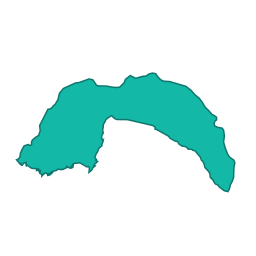 outline of Antalya, rotated 4°
{"feature_id": "TUR-2271", "entity_name": "Antalya", "entity_type": "Province", "adm_level": 1, "iso_a3": "TUR", "parent_name": "Turkey", "parent_adm1": "", "projection": "equal_earth", "projection_center": [30.734, 36.761], "detail": "fine", "context": "isolated", "style": "filled", "palette": "teal", "viewbox_px": 256, "rotation_deg": 4, "n_neighbors": 0, "source": "natural_earth", "source_scale": "10m", "svg_char_len": 3558}
<svg xmlns="http://www.w3.org/2000/svg" viewBox="0 0 256 256"><g transform="rotate(4 128 128)"><path d="M232.1,184.5L231.8,184.4L229.5,184.1L228.3,183.8L223.4,180.7L222.7,180.0L222.2,179.0L221.1,178.4L219.8,178.1L218.7,177.4L215.7,173.1L215.1,173.0L214.9,172.6L213.7,171.7L213.4,171.2L213.1,168.8L212.9,168.0L211.4,165.7L207.5,162.0L206.7,159.6L206.6,158.9L206.3,158.3L205.6,157.2L204.8,155.9L204.6,155.6L203.8,155.3L203.6,155.2L202.4,152.6L201.6,151.2L200.7,150.6L196.7,146.3L196.2,146.0L195.7,145.9L195.0,145.9L194.3,145.8L193.8,145.4L193.4,145.0L193.0,144.8L190.4,144.9L189.1,144.7L188.6,143.8L187.8,143.1L186.2,142.5L184.4,142.2L183.3,142.4L182.7,141.8L180.2,140.7L178.9,138.8L178.1,137.9L177.3,138.0L176.0,137.8L171.1,135.5L170.0,134.6L169.1,133.4L156.9,127.6L155.1,127.3L154.9,125.2L152.7,123.8L126.9,119.7L116.4,120.3L114.6,119.8L113.3,119.0L110.7,116.8L107.0,119.5L105.3,121.3L104.4,123.9L103.5,125.4L103.2,126.1L103.2,128.7L102.9,131.5L103.0,133.0L103.7,134.3L103.7,134.8L103.1,135.5L102.8,136.2L102.5,137.1L102.3,138.3L102.4,139.8L102.8,140.7L103.3,141.4L103.6,142.4L104.1,141.8L103.9,143.6L103.0,146.6L103.2,147.6L101.0,149.6L100.1,150.9L99.3,153.9L97.9,156.2L97.9,157.0L97.1,158.4L97.2,159.8L97.9,161.0L98.8,161.6L98.3,162.8L100.0,163.4L99.1,164.7L97.3,166.3L96.6,168.0L97.0,168.0L97.3,167.7L97.5,167.9L97.9,168.0L97.3,168.7L96.4,169.5L95.6,170.3L94.9,172.2L94.0,173.3L92.2,175.0L92.3,171.4L92.0,169.9L91.3,169.2L89.7,169.7L82.9,166.3L81.6,166.2L76.7,167.1L76.1,167.9L75.9,169.1L75.8,170.9L75.4,170.9L75.4,170.4L75.0,169.2L74.6,170.8L74.6,171.5L73.7,170.9L73.7,171.5L73.6,172.1L71.2,171.5L70.8,171.3L70.3,170.8L69.6,170.5L68.8,170.9L70.1,170.9L70.1,171.5L65.8,174.0L64.8,173.8L64.0,174.3L63.3,174.3L62.6,174.0L61.7,173.8L61.2,173.9L60.8,174.1L60.0,175.0L58.9,175.6L56.5,176.2L55.6,176.8L55.8,176.8L56.0,176.9L56.1,177.0L56.0,177.4L55.4,177.4L53.8,177.9L53.8,178.5L55.1,178.5L54.3,179.4L53.3,180.2L52.3,180.7L51.2,180.9L51.2,180.2L51.5,180.0L51.7,179.7L51.9,179.4L52.1,179.1L51.2,179.2L51.0,179.3L50.7,179.7L50.0,178.8L49.2,178.6L48.4,178.7L47.7,179.1L47.5,179.4L47.4,179.8L47.2,180.1L46.5,180.2L46.5,180.5L45.4,182.0L45.2,180.3L43.0,179.2L42.3,177.4L43.2,177.9L43.6,177.4L43.5,176.6L43.0,176.2L39.7,176.8L39.7,176.2L40.3,175.9L40.9,175.6L41.6,175.5L42.3,175.6L40.9,174.9L35.7,175.0L34.0,174.6L30.0,172.1L29.2,172.9L28.9,172.1L28.7,169.8L28.3,170.4L28.1,170.3L27.8,169.9L27.4,169.8L26.8,170.1L26.5,170.3L26.4,170.5L26.0,170.9L25.7,171.4L25.5,172.0L25.2,172.5L24.7,172.7L24.1,172.3L23.7,171.5L23.4,170.9L22.9,171.5L19.0,167.5L20.8,166.6L22.0,164.9L22.4,162.6L22.4,161.5L22.4,160.5L23.0,159.3L23.4,157.8L25.6,153.1L29.6,151.4L31.6,152.3L33.0,151.5L32.7,149.2L33.3,146.8L36.2,144.0L39.4,141.6L40.6,136.9L39.7,131.7L46.8,114.9L48.7,114.5L50.3,113.5L51.9,111.2L53.7,109.4L56.2,104.5L57.2,98.1L60.8,93.1L72.3,86.8L76.2,86.0L85.7,81.8L89.6,82.4L93.5,87.4L95.0,88.1L103.9,87.7L109.7,88.4L114.6,88.3L117.0,87.7L120.9,83.2L122.1,79.6L126.6,75.5L132.2,77.9L138.8,75.5L142.3,74.9L145.3,72.6L148.5,71.5L151.9,71.9L153.3,73.8L154.8,75.5L157.3,77.6L160.1,78.8L166.5,78.8L182.9,82.4L188.2,86.0L192.4,90.1L196.9,93.3L200.1,96.9L203.0,101.2L204.8,103.0L206.7,104.5L211.0,108.7L213.5,109.8L215.6,111.1L215.8,113.7L214.2,115.1L213.5,117.7L214.5,120.0L217.3,121.1L220.2,121.3L222.2,121.8L223.6,123.8L224.7,129.5L224.3,135.3L226.5,141.4L229.2,147.1L230.9,149.5L233.1,151.1L235.7,152.5L237.0,155.3L236.4,160.3L236.8,169.6L235.8,173.7L234.8,175.8L233.9,178.1L233.7,180.3L233.2,182.3L232.3,183.9L232.1,184.5Z" fill="#14b8a6" stroke="#0f766e" stroke-width="1.5"/></g></svg>